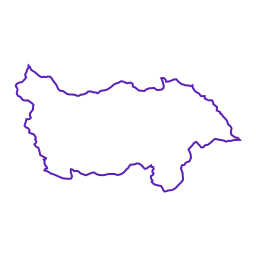 the district of Mogi das Cruzes, São Paulo, Brazil, rotated 89°
{"feature_id": "56859067B10888150233547", "entity_name": "Mogi das Cruzes", "entity_type": "district", "adm_level": 2, "iso_a3": "BRA", "parent_name": "Brazil", "parent_adm1": "São Paulo", "projection": "mercator", "projection_center": [-46.187, -23.555], "detail": "fine", "context": "isolated", "style": "outline", "palette": "violet", "viewbox_px": 256, "rotation_deg": 89, "n_neighbors": 0, "source": "geoboundaries", "source_scale": "gbopen_adm2", "svg_char_len": 4169}
<svg xmlns="http://www.w3.org/2000/svg" viewBox="0 0 256 256"><g transform="rotate(89 128 128)"><path d="M86.5,62.8L87.3,64.5L86.6,66.2L86.5,67.8L86.3,69.9L85.5,71.8L85.0,73.9L84.0,75.0L82.8,76.6L80.2,78.7L80.2,81.0L81.1,83.2L81.9,85.3L82.3,87.1L82.3,89.2L80.3,89.6L79.3,90.6L78.5,91.8L78.8,93.9L81.4,92.8L83.2,92.3L85.2,91.8L86.7,91.5L88.6,91.8L90.0,93.2L90.4,95.6L90.6,97.5L90.0,99.2L88.4,101.1L88.6,103.5L88.6,105.7L89.5,108.3L90.3,110.0L91.4,111.1L90.9,114.1L90.7,116.6L89.6,117.8L87.7,120.0L86.6,122.4L83.7,122.7L82.6,124.9L82.9,126.4L83.3,127.9L82.5,130.0L81.6,131.7L81.1,134.1L82.5,136.5L83.4,139.6L84.2,141.2L85.3,142.5L86.4,143.8L87.9,146.0L88.7,147.2L89.7,149.7L90.0,152.2L90.4,154.6L91.6,156.3L92.8,157.7L91.9,159.5L91.7,162.0L91.0,163.9L90.7,165.5L91.0,167.5L92.4,168.8L93.0,170.5L93.7,172.6L93.9,174.5L94.9,176.5L95.0,178.4L94.0,180.1L93.7,182.0L93.5,183.7L93.5,185.8L93.0,187.8L92.1,189.6L91.0,190.7L89.9,192.6L89.5,195.2L88.6,196.5L87.3,197.4L85.5,198.0L83.7,198.9L81.4,200.5L80.0,201.7L78.7,202.4L77.2,203.3L75.3,205.0L75.2,207.4L75.7,209.2L75.3,211.1L75.7,213.0L74.9,214.9L74.0,216.4L72.6,217.8L71.5,219.1L70.3,220.4L69.3,222.3L67.9,224.0L65.4,224.9L63.9,226.3L66.1,226.6L67.4,227.5L69.1,228.3L71.0,228.7L72.4,229.8L74.0,229.8L75.4,228.9L77.3,230.2L79.3,232.1L80.3,233.5L80.6,235.7L81.4,237.6L82.3,238.9L84.3,239.5L86.2,238.1L87.8,237.7L90.4,238.6L92.1,238.5L94.2,237.1L94.9,235.2L96.4,234.0L97.7,233.2L98.4,231.8L98.8,230.0L98.6,227.6L99.5,226.4L100.7,224.8L101.6,223.5L103.3,222.0L105.4,222.7L107.7,222.6L109.1,223.7L110.4,224.6L111.5,225.6L113.7,225.9L116.0,225.0L117.2,226.0L117.5,227.5L117.4,229.5L120.3,230.1L122.2,230.9L124.0,231.4L125.8,229.8L126.4,228.0L128.5,226.5L130.8,227.0L131.7,225.4L132.2,223.5L132.9,222.1L134.7,221.0L136.1,220.3L137.6,221.1L138.8,220.3L140.3,219.9L141.6,220.8L142.8,221.8L144.1,221.0L145.4,219.8L146.2,218.0L147.6,217.5L149.5,217.0L151.4,216.6L153.4,216.3L154.6,214.4L155.7,212.5L156.5,210.6L157.9,211.1L158.1,212.8L159.6,212.0L161.5,212.2L164.1,211.3L165.4,210.0L167.0,209.6L167.4,211.4L169.0,212.3L169.7,209.9L170.9,207.7L172.1,206.1L172.9,203.5L174.1,200.8L175.1,198.6L176.0,196.6L176.9,194.8L177.4,192.8L177.5,191.1L177.8,188.7L177.5,185.7L175.8,184.9L173.4,185.3L170.9,186.1L168.2,185.8L168.8,183.9L170.1,182.7L170.1,181.2L170.0,179.6L170.7,178.1L172.4,176.4L173.3,174.4L173.9,172.6L174.5,171.2L174.0,169.6L173.3,167.8L172.6,166.3L171.9,164.4L172.0,162.4L173.2,160.9L174.0,159.1L174.6,157.4L174.6,155.3L174.8,153.6L174.5,151.8L173.9,149.6L173.6,147.9L173.7,145.5L173.7,143.5L173.8,142.0L174.5,140.7L174.8,138.7L174.2,136.4L173.6,134.9L172.4,133.2L170.9,131.4L169.4,130.4L168.5,128.9L166.6,127.7L164.8,126.3L164.6,123.9L164.6,122.3L163.5,119.7L163.9,117.5L164.9,115.9L166.4,114.3L167.9,113.2L169.1,111.7L168.8,110.1L167.4,108.2L166.7,106.8L165.8,105.6L167.3,105.1L167.5,103.5L169.5,103.0L170.6,104.2L172.1,104.4L174.1,103.3L175.6,104.1L176.2,105.7L177.6,106.1L179.6,105.5L181.0,104.4L182.4,105.3L183.3,104.1L184.6,103.0L185.4,100.9L186.0,98.7L186.6,96.0L189.1,94.4L190.9,93.7L192.1,92.8L191.8,90.4L191.1,88.8L191.0,86.4L190.6,84.5L189.9,83.1L188.9,81.5L182.7,75.3L181.3,74.2L179.8,73.8L178.3,74.0L176.2,74.2L174.2,74.1L172.3,74.8L170.9,75.2L169.2,75.8L167.8,75.2L166.3,74.8L165.8,72.1L164.1,71.2L162.9,69.2L162.5,67.3L161.0,66.5L159.1,65.6L157.6,65.6L155.8,65.8L153.6,66.5L151.9,67.2L150.4,67.9L146.9,64.4L145.4,63.2L144.0,62.1L143.1,60.0L144.4,58.7L145.6,57.8L146.7,56.6L148.6,55.3L148.6,53.0L147.4,52.0L146.4,50.9L146.3,48.7L145.4,47.3L144.2,45.9L143.0,44.3L141.6,42.9L140.4,41.2L140.8,39.1L141.3,37.6L141.5,35.6L142.1,33.3L142.4,31.9L143.4,30.3L142.5,27.7L142.7,25.4L142.2,23.6L141.9,22.1L141.9,20.5L141.9,18.5L141.8,16.5L139.6,18.7L139.4,20.9L138.1,22.6L136.6,24.7L134.6,25.1L132.1,24.9L130.1,24.5L128.7,25.1L127.2,26.4L126.1,27.9L123.6,28.5L121.7,29.4L119.6,31.3L117.9,32.9L116.0,33.9L115.4,35.4L113.9,35.5L112.8,37.3L112.0,39.0L110.1,38.8L108.5,38.7L107.6,40.0L106.6,41.0L105.7,42.2L103.7,42.5L101.8,43.5L101.8,45.2L101.7,47.0L100.7,49.0L99.9,50.7L97.4,50.7L97.5,53.1L97.2,54.8L95.5,55.8L94.3,57.1L93.7,58.5L92.2,60.5L90.4,61.5L89.2,62.4L86.5,62.8Z" fill="none" stroke="#5b21b6" stroke-width="2"/></g></svg>